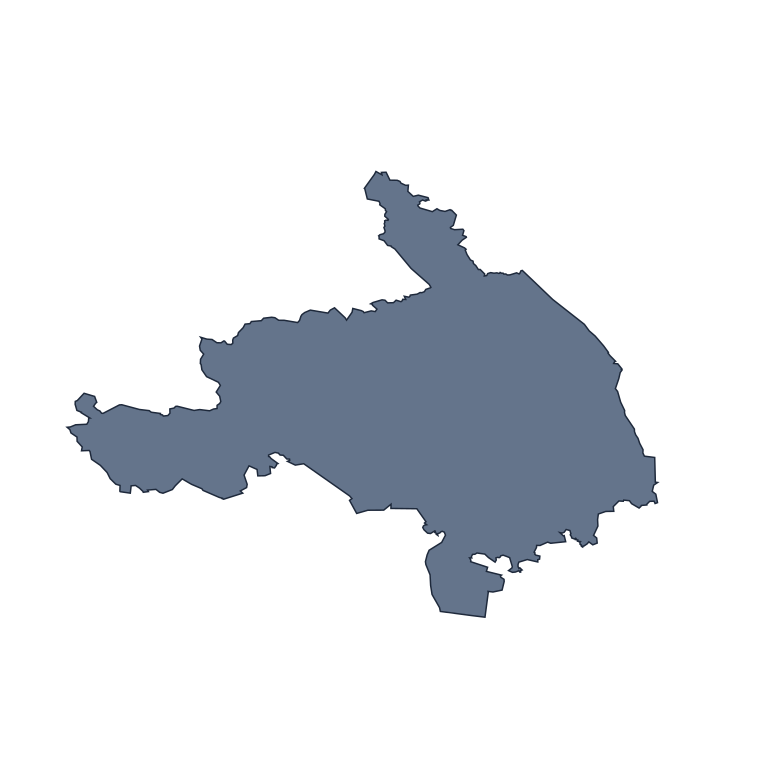 Sēmes pag., Tukums, Latvia, rotated 15°
{"feature_id": "27541924B50458338547666", "entity_name": "Sēmes pag.", "entity_type": "district", "adm_level": 2, "iso_a3": "LVA", "parent_name": "Latvia", "parent_adm1": "Tukums", "projection": "natural_earth1", "projection_center": [23.096, 57.072], "detail": "fine", "context": "isolated", "style": "filled", "palette": "slate", "viewbox_px": 768, "rotation_deg": 15, "n_neighbors": 0, "source": "geoboundaries", "source_scale": "gbopen_adm2", "svg_char_len": 6158}
<svg xmlns="http://www.w3.org/2000/svg" viewBox="0 0 768 768"><g transform="rotate(15 384 384)"><path d="M337.0,185.6L331.2,178.9L326.7,180.3L327.9,182.5L321.2,180.8L320.5,184.0L314.4,200.1L314.8,200.2L320.0,209.6L331.9,208.8L333.5,210.8L333.5,212.0L339.9,214.4L340.4,215.9L341.9,216.9L340.9,219.8L341.3,221.7L345.6,223.9L345.5,224.9L343.5,225.2L342.4,226.2L343.0,227.8L342.7,228.9L344.0,231.3L343.4,232.8L345.4,235.8L345.6,237.2L344.6,239.0L341.5,240.8L340.5,242.3L341.0,242.6L341.7,245.1L347.0,245.6L351.6,249.2L355.2,248.9L355.5,249.5L359.6,250.8L380.3,265.4L401.9,276.1L404.3,278.5L404.0,279.0L399.9,281.8L399.1,284.4L396.9,286.0L395.2,286.3L392.8,288.6L386.4,291.3L386.3,292.8L385.5,293.7L380.9,294.0L383.1,296.7L380.1,297.4L380.2,298.6L379.1,300.1L374.0,299.9L372.1,303.0L366.5,304.7L363.3,302.8L360.3,303.2L352.3,308.1L350.4,310.0L352.2,310.0L352.5,310.9L357.8,313.5L356.8,316.3L352.7,316.7L346.3,320.3L345.2,319.4L343.1,319.0L334.3,319.1L334.6,322.9L331.3,332.0L329.3,330.1L316.5,323.2L313.0,326.5L311.5,330.0L293.7,331.7L288.9,335.5L286.8,338.2L286.2,340.2L286.0,344.4L284.7,347.0L271.1,348.3L265.8,349.7L261.5,348.2L258.2,348.6L250.7,351.6L249.1,354.6L239.7,358.0L238.9,360.4L234.3,362.1L233.4,366.0L230.1,372.0L230.1,375.1L226.7,378.6L226.5,380.8L227.4,383.6L226.3,385.4L222.3,386.2L218.9,383.8L218.1,383.9L215.9,386.4L211.9,387.4L206.4,385.5L201.3,386.5L194.8,386.3L196.5,387.7L196.0,395.1L197.8,399.0L202.1,401.8L200.4,407.6L201.3,411.8L202.3,412.5L204.4,417.4L210.7,422.8L223.6,425.2L226.3,427.7L224.0,435.2L228.4,438.3L230.9,443.2L230.3,445.4L228.3,447.8L229.1,450.9L225.8,452.3L222.5,455.0L212.6,456.4L207.4,458.7L189.9,459.0L188.5,459.6L187.4,461.6L183.6,463.5L184.8,467.6L183.4,470.4L179.1,472.1L178.1,471.2L175.9,471.3L175.7,470.3L166.5,471.5L164.1,470.5L154.4,471.9L136.1,471.9L133.8,472.7L120.2,485.1L118.7,485.3L116.6,483.6L113.7,483.1L109.2,480.7L110.5,477.1L111.3,476.1L107.7,470.9L96.7,470.6L92.0,479.4L90.3,480.7L90.9,483.5L94.2,489.0L99.0,489.6L98.9,490.1L108.7,493.0L107.6,493.4L108.2,496.9L107.3,499.8L96.7,503.2L92.1,506.7L89.1,507.8L92.4,509.4L94.3,512.3L101.2,514.7L102.4,518.8L108.8,522.9L109.1,526.8L116.5,524.5L117.5,525.3L121.0,532.4L131.1,536.0L139.5,541.2L144.0,546.3L150.9,550.2L155.3,550.3L156.6,555.9L157.1,556.3L167.2,555.1L166.1,547.8L170.3,546.3L174.7,547.8L178.9,550.1L179.5,550.9L184.3,548.9L183.0,547.7L191.0,544.8L195.3,546.7L198.8,546.7L206.9,540.7L208.7,536.4L213.6,527.9L224.0,530.7L235.2,532.3L236.7,533.6L254.3,536.2L257.4,536.2L257.3,536.6L258.9,536.8L275.8,526.0L272.9,524.5L278.1,519.6L277.8,516.3L272.4,508.2L274.8,498.0L283.5,499.4L285.9,505.4L292.8,503.4L297.6,499.8L295.1,493.2L297.2,492.9L297.5,493.7L300.0,493.4L301.1,490.4L301.0,489.2L302.2,488.3L294.2,485.2L292.4,483.9L291.3,483.9L290.9,482.5L296.4,478.3L299.8,478.1L302.0,479.5L305.2,478.9L309.5,481.6L312.2,481.0L312.7,482.2L310.8,483.7L319.3,485.3L327.1,481.8L379.7,501.0L382.7,503.0L380.8,505.3L391.1,516.1L401.1,510.1L416.4,505.9L421.9,498.3L422.9,502.4L448.0,496.0L460.2,506.2L459.1,507.8L461.6,508.9L459.7,509.8L458.8,511.0L458.6,512.6L460.4,514.5L464.7,516.8L467.6,516.4L471.1,512.7L471.7,512.9L471.8,513.5L471.0,513.8L471.5,514.3L473.3,514.7L473.3,515.6L475.2,516.3L474.4,514.8L476.5,513.4L477.0,512.3L478.3,511.2L480.6,511.5L482.5,514.1L480.7,522.1L470.6,532.9L469.9,537.9L470.0,544.9L471.2,547.6L477.9,556.4L481.2,566.6L484.9,574.9L495.5,585.6L497.3,589.1L528.5,585.0L541.9,583.1L538.6,558.1L538.2,557.4L543.1,556.7L551.4,552.5L551.2,543.7L550.5,541.6L546.8,540.4L546.1,539.1L546.9,538.2L531.4,538.5L531.5,534.2L513.7,533.2L513.5,531.7L511.6,529.8L513.8,529.3L513.1,528.2L513.6,525.7L515.9,524.9L517.5,523.2L525.4,522.2L529.8,524.6L537.4,527.3L538.0,525.0L537.1,523.0L538.4,522.1L540.3,521.9L541.0,521.1L541.2,519.8L543.3,518.5L547.0,518.8L550.3,519.2L555.2,527.2L555.2,528.5L552.6,532.0L556.8,532.7L559.7,531.6L562.5,529.5L564.0,530.6L564.7,530.3L564.2,528.8L565.5,527.9L562.8,526.4L562.1,527.3L560.7,525.6L560.2,523.8L560.3,521.2L567.8,516.5L578.6,516.1L578.0,513.9L579.6,512.9L579.1,509.9L574.9,510.0L573.7,509.4L573.6,508.1L572.5,507.6L573.6,502.5L573.2,500.4L576.5,499.6L583.0,494.4L586.2,494.7L600.3,489.3L597.3,483.8L596.6,484.3L592.3,482.0L594.8,481.8L596.4,480.6L597.6,477.4L601.5,477.4L603.3,480.3L602.9,481.0L603.2,481.8L604.6,482.9L605.1,484.1L607.9,484.4L609.1,483.4L609.7,483.9L609.4,484.7L611.6,484.5L611.7,485.4L610.9,485.8L613.7,485.5L613.2,485.9L614.3,486.2L614.8,488.0L616.2,488.4L616.3,489.3L617.6,490.0L618.1,490.1L618.0,489.2L619.0,488.8L621.7,485.7L622.7,483.5L627.3,485.3L631.1,482.5L629.3,477.7L625.6,476.0L627.4,465.9L625.4,459.7L624.7,454.1L631.2,449.7L638.9,447.5L637.2,443.1L641.2,436.2L645.5,435.3L645.6,434.1L651.3,433.2L654.1,435.5L662.5,437.8L663.8,435.8L664.0,434.7L669.2,432.8L669.0,432.1L671.0,428.6L675.2,427.3L676.8,429.3L678.9,427.8L675.1,420.1L670.9,418.3L670.7,411.9L673.8,408.3L671.5,408.6L664.5,384.9L654.2,386.3L651.9,383.6L651.2,380.4L646.3,375.1L643.4,370.7L640.3,368.0L638.3,365.2L637.5,362.7L625.2,352.0L623.7,349.3L623.3,347.3L617.3,340.3L611.6,330.8L608.7,328.6L609.4,318.2L609.2,311.8L610.3,308.9L609.5,308.6L609.9,307.9L604.6,304.0L600.5,304.7L601.0,302.5L601.7,302.1L594.9,298.1L592.3,296.1L592.6,295.4L586.1,290.2L575.5,283.0L568.5,279.6L562.1,274.5L525.1,258.7L488.2,238.5L487.0,239.2L486.4,242.4L486.0,242.7L483.3,242.3L477.4,246.0L474.9,246.8L473.3,246.2L471.2,246.8L470.3,246.1L469.0,246.6L467.3,246.2L467.0,247.1L466.1,247.5L464.3,247.4L461.6,248.5L458.2,248.8L455.6,250.5L455.1,252.7L452.9,253.7L452.8,251.7L447.3,248.5L445.5,249.0L442.1,245.9L439.2,244.5L438.2,242.3L435.4,241.8L430.7,237.5L427.8,233.6L428.4,232.6L426.6,231.7L419.3,230.4L422.3,224.8L425.6,221.0L425.2,220.4L421.4,220.0L421.5,215.2L420.1,214.1L412.2,216.7L408.1,216.5L407.6,215.6L409.9,212.8L410.2,202.1L404.3,198.6L403.9,199.0L402.7,198.5L398.3,201.5L393.0,201.9L389.8,201.0L386.1,205.0L373.2,204.7L370.8,203.3L370.3,202.5L371.9,200.8L371.9,200.0L371.1,198.9L373.6,196.3L376.7,196.6L377.8,195.8L377.3,195.2L379.7,194.7L378.3,192.6L368.3,192.7L363.7,195.2L357.2,191.8L356.1,185.6L353.5,186.5L348.4,185.6L347.0,184.2L344.0,183.8L337.0,185.6Z" fill="#64748b" stroke="#1e293b" stroke-width="1.5"/></g></svg>